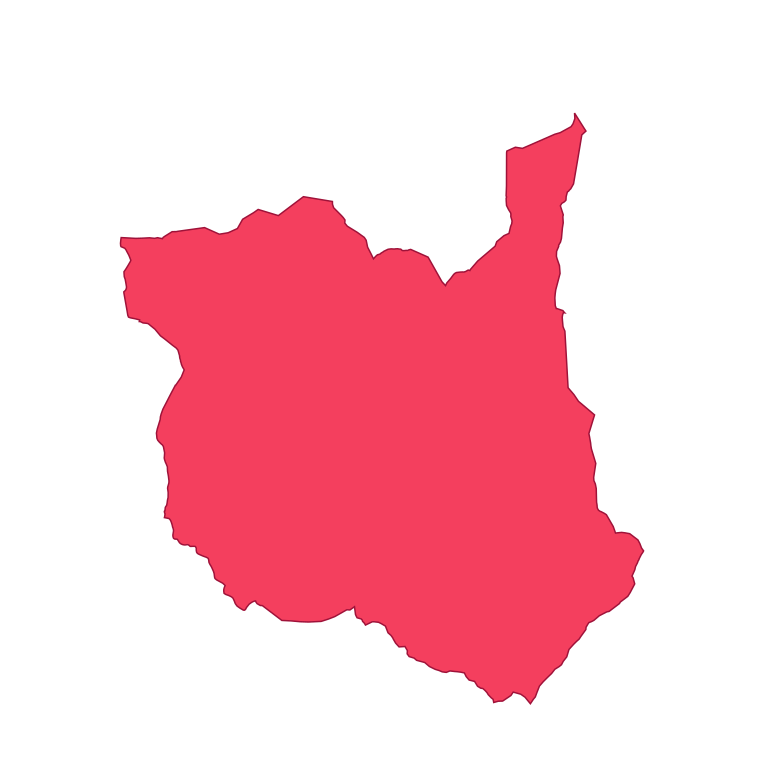 Vatra Dornei, Suceava, Romania, rotated 99°
{"feature_id": "2599482B21734903931451", "entity_name": "Vatra Dornei", "entity_type": "district", "adm_level": 2, "iso_a3": "ROU", "parent_name": "Romania", "parent_adm1": "Suceava", "projection": "equal_earth", "projection_center": [25.347, 47.363], "detail": "fine", "context": "isolated", "style": "filled", "palette": "rose", "viewbox_px": 768, "rotation_deg": 99, "n_neighbors": 0, "source": "geoboundaries", "source_scale": "gbopen_adm2", "svg_char_len": 6143}
<svg xmlns="http://www.w3.org/2000/svg" viewBox="0 0 768 768"><g transform="rotate(99 384 384)"><path d="M556.3,571.2L558.4,570.4L559.0,570.0L560.8,569.2L562.0,568.9L564.4,568.9L566.1,568.9L567.2,568.7L568.5,568.2L569.3,567.7L569.8,566.7L569.9,565.9L569.7,565.3L569.7,564.0L570.2,563.4L572.7,561.2L573.5,560.0L574.1,558.1L574.2,556.2L574.0,554.9L573.5,553.4L573.4,552.6L573.7,551.5L574.5,550.4L574.7,549.8L574.5,548.8L574.1,546.7L574.0,545.8L574.0,545.0L574.4,544.5L575.7,543.7L577.3,543.5L578.3,543.2L579.4,542.8L580.3,542.0L580.9,540.9L581.5,538.8L582.3,535.7L582.9,532.5L583.4,531.0L583.8,530.3L585.1,529.7L587.7,528.9L589.4,527.7L591.4,526.0L593.0,524.9L595.8,523.1L597.9,522.1L600.4,521.4L601.9,520.9L602.7,520.3L603.7,518.6L604.5,516.3L606.0,512.1L607.2,510.3L607.9,509.4L610.0,509.9L611.9,510.1L613.6,509.9L615.8,509.2L616.6,507.4L617.2,504.2L618.1,501.3L619.2,499.6L621.6,498.0L624.2,496.5L626.3,494.4L627.9,491.2L629.3,487.7L629.3,486.6L628.5,485.6L626.2,484.8L622.6,482.8L620.7,480.9L619.6,479.6L618.6,477.8L618.4,476.9L619.5,476.3L620.8,475.0L622.1,471.6L621.9,469.5L633.5,447.9L632.5,438.6L631.9,429.6L630.9,421.4L628.3,408.9L624.8,402.0L621.4,396.2L612.8,385.4L612.5,382.3L608.6,378.3L616.1,376.1L617.5,375.2L619.1,374.0L619.6,369.9L620.3,368.8L621.8,368.0L623.4,365.9L625.0,364.6L620.7,358.4L620.4,356.6L620.2,352.1L621.2,349.0L622.9,344.7L629.1,341.1L631.2,337.8L633.3,335.7L634.5,334.9L638.1,332.0L641.3,328.0L640.0,322.2L643.7,319.2L646.9,318.9L649.3,316.5L650.0,311.4L651.8,308.6L652.7,300.2L655.9,295.0L657.8,288.8L658.4,284.6L659.2,281.5L659.1,277.4L657.1,274.0L656.9,269.1L656.7,266.6L656.6,263.1L656.8,259.4L660.1,257.1L663.1,253.6L663.6,248.0L667.9,244.3L669.3,240.9L669.3,238.7L671.0,236.1L672.7,234.0L674.5,232.5L677.1,229.1L678.4,226.9L681.4,225.8L679.4,221.4L678.6,217.2L671.8,209.9L668.1,208.2L669.0,200.4L671.3,195.7L676.9,189.4L671.9,187.1L669.4,185.6L664.8,184.7L658.0,183.2L653.2,180.2L648.5,176.8L643.6,173.1L639.0,170.6L635.7,166.8L633.5,164.8L629.9,163.6L624.9,160.8L617.3,159.8L615.4,158.6L611.3,155.9L607.9,153.4L605.5,151.4L602.6,150.1L595.9,146.7L594.9,146.2L592.7,146.4L589.1,145.0L587.6,144.3L586.3,142.0L584.6,139.7L579.2,135.1L574.2,128.3L573.4,126.1L564.0,117.1L562.4,116.5L555.6,110.0L551.4,108.2L542.2,105.1L536.4,107.7L535.0,109.0L528.2,107.2L525.0,107.0L521.0,105.7L518.9,105.3L517.6,104.7L516.9,104.7L512.2,103.2L509.5,101.9L508.2,101.5L505.8,103.9L501.5,106.4L498.3,108.8L493.4,117.9L493.3,122.6L493.4,126.1L494.4,129.9L495.0,132.0L488.9,135.3L478.3,143.9L477.3,146.1L476.1,149.7L476.0,150.5L475.1,152.4L473.5,153.7L472.2,154.2L470.8,154.5L469.4,154.9L467.7,155.5L464.6,156.1L454.1,158.0L449.7,159.6L446.5,161.6L443.4,162.3L429.3,162.4L415.6,169.0L412.6,170.0L409.9,170.7L403.8,172.8L400.9,173.9L381.6,171.2L370.7,189.2L364.8,194.7L358.9,201.6L303.5,213.6L301.0,215.2L299.2,216.2L295.6,217.1L293.7,217.6L290.2,218.4L287.6,218.4L285.4,217.9L285.4,216.7L285.1,217.1L283.5,218.8L282.4,225.2L282.6,225.6L279.8,227.1L272.3,228.7L268.2,229.0L264.2,229.1L247.3,227.4L239.7,229.2L233.1,232.7L230.9,233.7L226.0,234.3L220.8,233.0L219.5,233.2L216.3,231.9L212.4,231.5L202.0,232.2L199.7,232.2L196.8,232.2L190.8,233.5L188.9,233.4L180.4,237.7L177.8,236.7L175.9,234.4L174.1,233.1L173.3,233.1L170.5,233.4L167.2,233.1L165.6,232.9L164.6,231.8L163.4,231.2L162.0,230.1L156.7,228.1L131.8,227.8L107.0,227.6L102.6,224.1L100.5,226.0L86.6,238.2L92.0,237.0L97.4,238.0L100.6,239.5L108.2,249.3L110.6,254.4L129.6,284.1L129.6,291.3L134.7,299.1L136.4,299.1L169.3,294.0L179.2,292.8L179.6,292.4L180.6,292.2L181.4,292.4L184.2,291.9L188.5,290.9L192.2,288.3L195.3,285.6L196.6,285.2L198.9,284.9L201.6,283.6L203.1,283.0L204.5,283.0L205.6,282.9L208.6,283.6L215.7,284.1L218.7,288.7L225.8,294.9L230.5,295.8L247.9,310.7L257.4,316.6L258.5,316.9L258.3,318.7L259.5,320.2L260.2,321.1L260.9,322.6L261.1,324.2L261.5,326.1L262.2,328.6L262.6,330.0L263.8,331.5L265.0,332.4L269.4,334.7L274.4,337.8L277.2,338.6L274.0,342.7L251.8,360.3L246.9,378.7L247.6,380.4L248.4,381.5L248.6,383.1L249.2,385.3L249.3,386.9L248.2,388.5L248.3,390.0L248.3,391.7L248.6,393.3L248.8,394.0L249.1,395.0L249.4,398.1L250.3,401.1L253.0,405.0L253.7,405.6L255.2,407.4L256.2,408.2L256.9,409.5L257.4,410.7L259.1,412.1L259.7,412.5L260.9,413.3L262.0,414.0L257.7,417.0L251.4,421.6L244.8,424.1L242.3,426.4L238.4,434.1L233.9,444.9L231.2,447.9L228.1,448.2L227.3,449.0L226.0,450.3L224.3,452.4L217.8,461.3L214.5,463.0L211.8,463.5L211.6,492.9L234.2,514.7L231.3,535.6L235.1,539.5L243.4,549.4L253.4,553.1L254.3,554.5L259.0,561.6L261.8,570.1L257.6,585.7L265.4,611.4L266.0,613.1L266.7,617.1L272.1,623.3L273.7,625.0L275.1,625.6L275.0,627.3L275.1,627.8L274.9,630.5L276.0,633.3L276.3,638.5L277.7,645.1L279.0,651.9L280.5,666.5L282.3,666.5L286.2,666.3L288.7,665.7L289.5,665.2L289.9,663.5L290.5,661.2L292.0,659.7L293.0,659.0L296.8,656.1L300.7,653.8L301.3,653.4L302.7,653.7L307.6,655.6L311.6,657.3L313.8,658.4L316.2,657.9L318.7,657.3L321.1,656.0L324.2,654.9L328.1,653.6L329.4,653.4L331.3,653.7L332.3,654.3L333.7,655.4L335.2,655.0L351.4,649.4L356.2,647.8L357.9,646.8L358.3,644.9L358.5,640.0L358.9,635.4L360.6,635.5L360.5,634.5L360.9,633.1L361.4,631.6L361.2,628.5L361.2,627.5L361.3,626.3L363.5,622.6L365.7,618.8L371.4,612.3L373.5,608.3L378.9,598.8L381.0,594.8L382.8,592.8L388.6,590.1L389.0,590.2L390.9,589.5L392.0,588.9L392.9,588.6L393.7,588.4L394.3,588.0L395.2,587.6L396.4,587.1L397.5,586.4L398.2,586.0L398.9,585.5L401.1,583.7L401.4,583.6L408.9,585.3L417.9,589.6L417.9,589.9L426.4,592.8L430.6,594.2L434.9,595.6L443.3,598.4L448.5,599.4L451.4,599.7L454.1,599.5L464.0,600.9L468.1,601.1L469.9,600.6L473.1,599.8L474.9,598.7L476.4,597.0L478.0,594.8L478.9,593.3L480.3,592.1L486.3,589.9L489.6,589.6L491.4,589.5L492.8,589.0L495.4,587.7L497.0,586.6L499.7,585.0L501.4,584.7L504.2,584.1L508.5,582.6L513.4,581.2L515.4,581.0L518.0,581.3L519.6,581.5L521.0,581.4L522.9,580.8L525.0,580.2L529.9,579.5L532.5,579.7L535.4,579.6L537.9,579.7L539.2,580.4L540.2,580.7L542.2,580.6L543.7,580.6L543.8,580.9L544.3,581.0L544.6,580.9L545.7,580.5L546.4,580.0L547.9,579.9L549.3,579.9L550.3,580.0L550.5,575.3L550.7,575.1L551.3,574.2L552.4,573.3L553.7,572.5L556.3,571.2Z" fill="#f43f5e" stroke="#9f1239" stroke-width="1.5"/></g></svg>